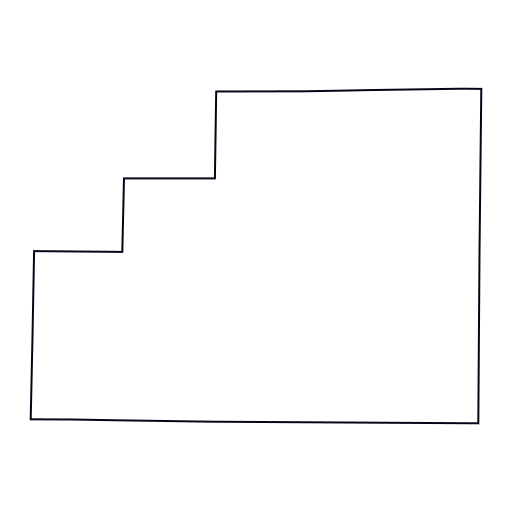 outline of Medina, Ohio, United States of America
{"feature_id": "52423323B44345511959461", "entity_name": "Medina", "entity_type": "district", "adm_level": 2, "iso_a3": "USA", "parent_name": "United States of America", "parent_adm1": "Ohio", "projection": "natural_earth1", "projection_center": [-81.932, 41.133], "detail": "fine", "context": "isolated", "style": "outline", "palette": "ink", "viewbox_px": 512, "rotation_deg": 0, "n_neighbors": 0, "source": "geoboundaries", "source_scale": "gbopen_adm2", "svg_char_len": 333}
<svg xmlns="http://www.w3.org/2000/svg" viewBox="0 0 512 512"><path d="M478.3,423.3L479.5,252.5L481.3,88.9L462.7,88.7L367.9,90.1L339.2,90.7L303.3,91.3L216.2,91.5L214.9,178.4L124.0,178.4L122.3,251.9L34.1,251.1L32.5,336.4L30.7,419.3L71.4,419.5L118.2,420.3L211.6,421.7L478.3,423.3Z" fill="none" stroke="#020617" stroke-width="2"/></svg>